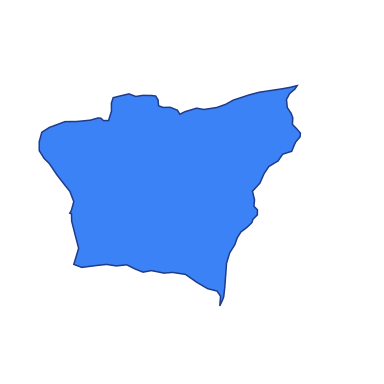 outline of Acheleia, Paphos, Cyprus, rotated 249°
{"feature_id": "46923920B16437409415047", "entity_name": "Acheleia", "entity_type": "district", "adm_level": 2, "iso_a3": "CYP", "parent_name": "Cyprus", "parent_adm1": "Paphos", "projection": "equal_earth", "projection_center": [32.481, 34.728], "detail": "fine", "context": "isolated", "style": "filled", "palette": "blue", "viewbox_px": 384, "rotation_deg": 249, "n_neighbors": 0, "source": "geoboundaries", "source_scale": "gbopen_adm2", "svg_char_len": 1447}
<svg xmlns="http://www.w3.org/2000/svg" viewBox="0 0 384 384"><g transform="rotate(249 192 192)"><path d="M75.7,177.1L80.3,181.9L82.9,184.1L91.8,188.7L96.5,190.9L104.1,194.5L113.1,198.7L121.7,205.4L127.5,213.1L133.2,218.0L137.2,223.4L139.3,230.7L141.9,236.8L144.8,239.3L147.2,244.8L151.9,246.7L156.5,244.7L162.3,247.6L171.0,248.7L175.9,258.5L183.5,266.1L188.2,272.8L189.4,278.9L190.1,283.4L194.8,290.2L194.3,299.7L198.9,304.0L201.5,306.7L204.8,312.7L208.1,314.3L213.7,312.3L219.1,310.0L225.2,312.7L230.1,312.7L236.7,311.2L244.6,313.4L246.1,315.2L248.9,318.4L251.2,324.9L253.6,328.3L253.9,326.4L254.4,321.9L256.1,312.9L261.0,290.9L262.2,280.1L262.5,273.5L263.0,263.6L261.8,254.8L262.0,245.4L264.8,232.6L268.6,226.4L269.5,214.2L269.0,208.5L273.6,207.7L278.9,202.0L281.3,195.3L284.5,191.7L290.0,193.3L294.6,192.5L296.5,189.0L299.9,180.5L301.3,173.8L306.2,168.3L307.5,158.8L308.3,152.2L303.8,148.6L296.4,145.8L288.6,139.7L290.4,134.9L293.5,133.4L294.8,130.9L295.5,122.8L299.1,109.7L303.2,98.7L303.4,82.0L302.0,75.1L301.6,73.2L293.7,67.4L285.3,64.2L276.3,66.0L269.9,68.9L256.1,72.1L242.9,76.1L236.4,78.2L225.4,78.2L218.1,72.8L216.0,70.3L215.0,71.7L207.8,69.2L196.1,67.8L180.1,66.0L166.8,55.7L161.1,62.1L157.5,76.9L155.0,86.3L150.1,94.9L147.4,105.0L140.8,111.0L134.7,117.6L133.2,125.8L130.0,131.0L126.4,136.6L123.9,145.0L117.4,156.4L106.1,164.0L96.2,171.9L90.5,179.9L84.4,181.3L75.7,177.1Z" fill="#3b82f6" stroke="#1e3a8a" stroke-width="1.5"/></g></svg>